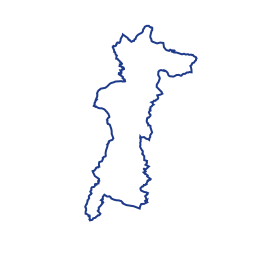 outline of Pestisani, Gorj, Romania, rotated 30°
{"feature_id": "2599482B71789206417746", "entity_name": "Pestisani", "entity_type": "district", "adm_level": 2, "iso_a3": "ROU", "parent_name": "Romania", "parent_adm1": "Gorj", "projection": "equal_earth", "projection_center": [23.026, 45.127], "detail": "fine", "context": "isolated", "style": "outline", "palette": "blue", "viewbox_px": 256, "rotation_deg": 30, "n_neighbors": 0, "source": "geoboundaries", "source_scale": "gbopen_adm2", "svg_char_len": 5838}
<svg xmlns="http://www.w3.org/2000/svg" viewBox="0 0 256 256"><g transform="rotate(30 128 128)"><path d="M178.4,191.9L177.7,190.0L177.5,187.2L179.8,185.7L181.8,182.7L181.4,182.6L181.0,182.2L180.7,181.2L180.2,182.7L179.9,182.7L180.1,182.2L179.4,182.1L180.0,180.9L179.8,180.4L179.6,180.5L178.3,179.3L176.9,178.5L177.9,175.9L177.5,175.8L177.7,174.4L175.9,174.6L174.1,175.3L170.6,175.6L169.5,174.8L168.9,173.9L169.5,171.6L170.2,171.1L170.2,170.4L170.5,169.8L170.3,169.4L171.2,169.0L171.9,167.8L171.5,167.8L171.8,166.6L171.7,165.3L171.2,163.8L171.6,163.3L172.0,163.5L172.1,163.1L172.0,162.7L173.2,161.6L173.2,160.9L168.9,160.4L168.9,159.3L165.4,158.8L165.4,159.1L163.7,158.6L165.0,156.8L161.5,155.3L164.0,155.1L165.3,150.9L161.6,151.1L162.0,149.7L161.6,149.0L161.8,148.6L161.1,147.7L160.9,147.0L158.1,147.7L156.2,144.3L154.9,143.9L154.1,143.2L153.6,143.5L153.2,143.3L152.9,141.5L152.3,140.6L151.0,140.2L148.1,138.4L147.5,137.6L147.4,136.8L146.7,135.6L145.9,134.7L145.7,133.2L145.1,132.5L144.8,131.7L144.2,130.9L143.5,130.6L142.9,129.2L143.8,129.6L144.4,129.5L146.4,127.8L149.1,128.2L151.3,127.6L152.3,127.7L151.7,126.3L151.7,124.6L150.8,123.1L151.1,119.8L147.1,116.2L146.5,115.0L144.6,114.9L144.2,115.5L143.3,114.3L142.9,114.2L142.9,113.9L142.1,113.9L141.2,113.3L140.3,111.8L140.4,111.5L139.7,110.0L140.2,109.6L140.2,108.8L140.9,108.3L141.3,106.1L140.8,105.2L139.5,105.0L138.2,103.9L138.2,102.6L138.8,101.7L137.6,100.9L138.0,100.5L137.0,98.7L137.6,97.6L138.1,95.4L138.4,95.0L137.7,94.9L136.6,93.9L135.6,93.9L136.8,92.5L136.8,91.4L138.2,90.6L138.3,89.3L139.2,88.4L139.3,87.5L139.0,86.6L137.0,85.1L139.5,82.8L140.6,81.1L139.5,80.5L139.2,80.0L132.3,78.1L131.2,75.9L131.4,72.8L130.8,69.3L129.8,68.2L127.6,67.0L126.2,64.0L126.5,62.6L127.7,61.3L130.6,60.5L130.4,60.0L130.8,59.9L132.3,59.8L134.2,60.2L135.1,60.7L136.4,61.9L137.6,62.3L138.2,62.3L141.4,60.9L142.0,60.4L143.5,57.9L145.4,56.6L147.6,56.3L148.1,56.0L148.0,55.6L148.8,53.5L150.3,52.6L151.2,50.5L152.5,49.8L153.1,48.9L155.2,48.0L153.9,45.9L152.1,43.8L151.0,43.1L151.6,41.2L151.3,40.7L151.3,39.6L152.5,38.3L152.5,36.5L153.0,35.5L152.4,34.2L152.6,33.5L151.4,32.7L149.1,32.9L147.6,32.3L146.9,32.9L146.4,32.8L145.3,33.3L144.3,34.1L143.1,34.1L141.2,35.5L139.4,35.7L137.9,37.2L132.5,38.3L130.2,39.5L128.1,39.8L128.3,39.3L129.4,38.3L129.6,37.8L129.3,37.7L126.9,39.0L125.4,39.1L124.8,40.3L124.9,40.7L122.9,41.2L121.5,41.2L118.7,40.0L116.1,36.7L113.2,37.9L110.9,40.2L106.1,41.0L105.0,40.9L104.8,40.5L104.2,40.1L103.7,39.3L102.1,38.4L101.4,37.4L100.2,33.6L100.2,32.9L99.9,32.5L99.8,31.4L100.0,31.1L99.0,29.2L98.2,29.0L97.4,29.6L97.0,29.4L96.3,29.6L95.0,29.1L93.1,30.2L91.9,32.0L92.1,33.9L91.8,34.9L92.6,37.1L92.3,38.7L90.3,41.8L89.6,43.9L89.6,45.5L90.0,47.3L89.3,47.9L89.6,49.6L88.8,50.0L87.9,51.6L86.5,51.5L85.2,50.8L84.8,50.8L84.6,51.2L84.1,51.1L82.8,50.2L76.8,49.6L77.1,50.3L77.1,54.4L78.0,56.6L78.1,58.3L77.7,58.9L76.8,58.9L76.1,59.3L75.8,60.5L76.3,61.1L76.1,62.0L76.4,62.6L75.6,63.9L74.4,64.1L74.2,64.8L74.2,65.5L77.0,67.5L78.1,69.1L79.0,68.9L80.6,70.6L82.1,70.8L82.2,71.6L83.1,73.8L83.5,73.6L85.1,73.5L85.8,74.1L87.1,74.1L88.3,74.9L89.4,74.7L90.0,75.4L90.6,75.4L90.7,75.9L89.2,77.0L90.0,77.7L89.6,78.2L89.7,78.6L91.4,78.1L92.3,78.4L92.8,78.0L93.3,78.8L94.2,78.1L94.8,78.5L95.1,79.0L94.4,79.9L93.7,80.1L93.6,81.4L92.5,81.9L93.2,82.4L94.1,82.4L94.8,83.7L94.7,84.0L93.7,84.0L93.4,84.6L92.7,85.0L93.1,86.0L95.0,86.2L95.3,85.7L96.2,86.2L98.0,86.3L98.3,86.5L98.3,87.5L99.6,87.8L100.9,87.7L102.1,88.9L102.0,89.2L101.5,89.0L100.8,89.4L100.5,90.3L98.7,90.8L93.7,94.2L93.1,95.2L90.9,97.5L90.2,98.7L89.1,102.7L88.2,104.6L84.8,107.5L84.5,108.0L84.4,108.9L83.7,110.1L83.7,112.5L84.0,113.1L83.9,113.5L84.9,114.6L84.9,115.0L85.4,115.6L85.7,116.6L85.6,117.2L86.0,117.8L85.9,118.6L86.7,118.9L86.1,119.6L86.6,120.2L86.2,121.0L86.7,122.2L86.5,123.2L87.3,124.0L87.3,126.0L88.5,125.9L89.2,125.4L89.6,125.8L90.1,125.5L92.8,125.4L95.7,124.0L97.6,123.7L99.4,123.9L100.3,124.4L101.6,124.6L102.6,125.2L103.7,125.4L106.0,127.3L106.4,128.0L105.7,129.4L105.7,131.5L106.5,131.8L106.8,132.8L107.7,134.1L107.9,134.2L107.9,133.9L109.2,134.4L110.3,134.2L110.9,134.5L114.1,137.3L115.8,139.4L116.8,141.2L120.5,144.3L120.4,146.0L118.2,148.7L118.2,149.8L118.7,150.2L118.4,151.5L118.7,151.6L118.4,152.8L118.8,152.8L119.4,154.3L120.2,158.5L121.2,161.1L122.7,163.2L122.5,164.2L121.6,164.9L121.1,166.5L121.8,167.0L121.7,167.8L122.0,168.9L122.0,169.9L120.2,171.8L120.3,172.4L120.9,173.9L122.5,175.9L121.9,176.4L121.9,177.0L121.1,177.3L121.0,177.7L120.5,178.0L120.3,178.5L120.5,178.9L120.3,179.3L120.5,180.4L120.1,181.3L120.1,181.9L118.9,183.0L119.4,183.5L123.4,186.2L128.4,186.6L128.6,187.4L129.4,188.0L128.8,188.7L129.2,189.0L129.1,189.3L129.7,189.6L129.6,190.1L129.9,190.5L129.6,190.6L129.6,191.4L128.9,192.1L129.0,192.7L128.7,192.7L128.8,192.9L128.5,193.3L128.1,192.8L127.6,193.2L128.2,194.3L128.2,195.7L127.6,196.4L126.4,197.3L126.3,198.1L126.6,199.2L127.3,199.9L127.3,201.1L127.1,201.8L128.1,202.6L129.1,202.8L129.1,203.7L128.4,205.3L128.2,206.3L128.4,207.1L129.4,208.1L129.4,210.3L129.1,210.8L129.8,212.3L130.1,213.5L130.0,214.1L130.4,214.7L130.1,215.7L130.4,217.7L131.3,218.4L131.8,218.4L132.9,220.2L132.9,221.2L133.2,221.6L133.7,222.8L134.1,223.0L134.2,223.4L136.1,223.1L137.4,223.4L138.5,223.0L138.9,223.5L138.6,224.1L139.2,224.1L140.3,225.9L141.2,226.4L140.8,226.7L141.3,227.0L142.8,225.6L143.1,224.9L143.0,223.6L144.7,222.0L144.8,220.9L145.5,219.5L145.6,218.7L146.7,218.0L147.0,216.3L147.0,216.1L143.3,214.9L143.6,213.4L142.4,211.5L143.1,209.4L143.7,205.4L142.9,205.6L142.5,204.8L142.7,204.2L141.3,203.9L140.7,204.0L140.8,203.4L141.6,202.5L141.2,202.3L141.4,201.5L140.6,200.3L140.9,197.6L144.2,197.8L146.2,196.4L147.1,196.5L147.5,196.9L147.9,196.8L148.8,197.4L151.6,197.1L154.3,196.3L156.2,195.3L158.7,194.7L161.0,195.4L161.1,195.9L165.0,195.6L172.1,192.9L178.4,191.9Z" fill="none" stroke="#1e3a8a" stroke-width="2"/></g></svg>